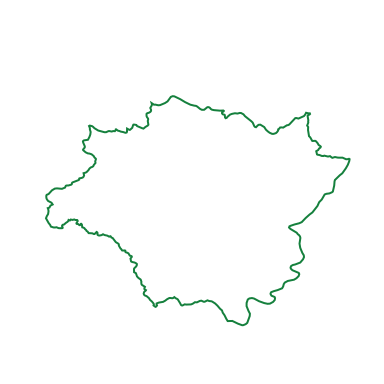 Phu Yen, Son La, Vietnam, rotated 294°
{"feature_id": "81297802B22446045808118", "entity_name": "Phu Yen", "entity_type": "district", "adm_level": 2, "iso_a3": "VNM", "parent_name": "Vietnam", "parent_adm1": "Son La", "projection": "natural_earth1", "projection_center": [104.682, 21.225], "detail": "fine", "context": "isolated", "style": "outline", "palette": "green", "viewbox_px": 384, "rotation_deg": 294, "n_neighbors": 0, "source": "geoboundaries", "source_scale": "gbopen_adm2", "svg_char_len": 5968}
<svg xmlns="http://www.w3.org/2000/svg" viewBox="0 0 384 384"><g transform="rotate(294 192 192)"><path d="M120.6,306.5L121.7,308.6L124.6,310.8L127.0,311.5L128.9,311.0L129.7,310.1L129.6,306.8L130.5,305.5L131.3,305.0L132.7,305.1L134.8,307.2L137.2,310.1L140.7,313.5L142.8,313.7L145.2,313.3L147.0,313.6L149.7,315.7L153.4,320.9L155.7,322.5L158.5,323.6L160.6,323.4L161.5,322.4L161.4,315.5L162.2,313.4L163.2,312.7L164.7,312.7L166.3,313.8L167.8,315.8L171.6,319.6L175.7,320.8L178.1,320.8L179.7,319.8L181.2,317.6L185.0,313.6L188.6,311.2L194.1,309.7L195.3,308.8L196.1,307.4L196.5,305.8L197.4,304.2L198.3,296.9L199.0,295.1L200.3,295.0L201.2,295.8L203.9,298.7L207.0,302.6L209.1,304.5L214.4,306.4L219.3,308.6L222.3,310.3L230.3,312.3L234.4,312.3L237.9,313.6L243.7,314.2L245.0,315.5L246.6,318.1L248.7,320.0L249.7,320.5L255.7,319.3L259.7,317.9L261.1,317.7L267.4,320.2L270.2,321.7L276.2,322.9L280.2,323.3L284.2,323.1L286.1,322.6L286.2,321.9L285.7,321.5L284.6,319.5L284.6,315.6L282.7,311.2L282.1,308.4L280.3,306.3L280.4,305.4L280.9,303.5L279.7,301.8L279.0,298.0L278.3,297.4L277.7,295.8L277.7,294.4L277.6,293.1L277.2,292.0L277.2,290.9L279.8,288.9L281.7,290.2L283.4,290.4L284.7,291.2L285.7,291.3L286.1,290.7L286.5,288.5L287.7,286.9L288.8,284.6L288.8,283.6L287.7,281.5L287.6,281.0L290.0,277.8L290.6,276.2L295.8,272.8L298.6,271.7L299.5,270.2L302.7,270.0L303.5,269.5L304.8,269.1L308.6,266.6L309.2,266.7L310.7,267.9L311.3,268.1L311.8,267.6L311.2,266.3L310.8,264.0L308.8,263.9L306.9,263.4L306.1,262.7L302.4,259.4L302.0,257.2L301.5,256.3L293.2,253.4L292.2,252.6L291.5,251.5L287.9,249.1L287.5,247.7L286.8,246.3L285.0,245.8L284.5,245.3L284.0,245.3L283.2,245.7L281.2,245.3L279.9,244.7L278.3,242.9L277.7,241.6L277.7,238.8L278.2,236.6L279.0,234.2L280.7,231.6L281.3,227.1L280.7,225.8L279.8,225.1L277.2,224.1L277.1,222.9L277.5,222.1L280.1,219.2L280.8,217.3L282.8,209.6L283.9,207.4L284.1,204.6L283.6,203.4L282.2,201.7L281.4,199.2L279.6,196.7L278.2,195.3L275.3,193.9L273.8,193.5L273.1,192.7L273.6,191.8L275.6,190.7L275.8,190.3L275.5,188.5L276.0,187.5L276.9,187.1L278.6,188.1L279.0,188.1L279.2,187.5L277.7,184.5L275.7,178.7L275.3,176.6L275.5,175.4L276.1,174.3L276.3,173.2L276.1,172.1L275.5,171.4L272.1,169.7L271.1,167.6L271.2,165.6L272.2,161.9L272.3,160.6L271.8,158.9L271.1,155.0L271.3,149.1L272.0,143.6L272.2,137.3L272.1,136.5L271.6,135.3L270.3,134.0L264.8,132.8L262.2,131.1L258.4,127.5L257.5,125.9L256.9,122.9L256.3,121.8L256.8,118.9L255.6,119.9L254.6,120.0L251.8,119.7L250.5,121.1L249.5,121.6L248.3,121.4L247.0,120.5L245.8,119.1L245.0,118.7L244.1,119.0L242.9,119.6L242.1,120.4L241.2,122.0L240.6,122.4L238.9,122.7L235.7,124.8L234.6,124.5L232.5,123.0L230.2,121.9L230.0,120.6L229.9,115.0L230.6,113.9L230.0,111.5L229.7,111.1L229.1,111.0L226.3,111.3L223.6,110.1L223.3,109.5L223.5,106.9L220.6,108.1L219.8,108.1L219.4,107.7L219.0,107.1L218.8,104.9L218.2,102.3L218.2,101.1L217.9,99.2L218.4,97.2L218.2,96.9L217.3,97.1L216.2,96.8L215.6,95.2L214.6,94.1L214.0,91.6L213.6,90.9L211.7,89.2L211.0,87.6L210.0,81.3L210.6,76.9L211.3,75.1L211.5,73.9L211.1,71.6L210.4,71.1L209.4,72.2L208.5,72.9L207.7,73.2L205.6,75.0L203.2,75.7L200.7,75.9L197.4,75.7L195.2,72.3L194.3,71.8L193.8,71.8L192.9,72.5L190.1,75.5L189.0,75.9L186.9,75.3L186.2,75.3L185.9,75.7L185.0,78.7L184.9,81.1L185.4,82.7L185.6,85.0L184.8,87.7L183.9,88.8L183.3,90.6L182.8,90.9L180.7,91.1L179.3,92.0L176.8,91.3L175.4,91.3L174.4,90.7L173.2,89.5L171.7,88.8L169.8,88.5L167.3,87.6L166.4,86.9L165.1,85.3L163.2,86.7L161.8,86.7L160.8,86.3L159.9,85.4L158.7,83.6L158.3,83.5L157.4,83.9L156.6,83.4L152.1,78.9L151.4,78.7L150.3,79.0L149.7,78.8L147.8,76.6L146.8,74.6L146.3,74.2L144.4,74.2L142.0,71.9L140.4,67.2L139.3,65.3L136.6,63.4L131.8,61.8L130.3,60.4L129.4,60.4L128.2,60.9L126.8,61.8L126.2,62.6L125.3,64.2L125.1,67.6L124.9,68.3L123.9,69.8L122.0,68.2L119.8,68.1L118.6,66.8L117.7,67.7L116.2,68.7L114.1,69.3L113.2,69.5L110.9,69.2L108.6,69.3L105.3,73.7L104.3,75.7L103.0,77.2L103.3,79.9L103.8,81.2L104.7,82.6L104.7,84.7L105.0,85.6L106.2,88.2L106.5,88.4L107.1,88.2L108.0,87.1L108.7,87.0L109.5,87.3L109.9,88.0L110.6,88.5L112.6,89.4L114.1,90.4L115.0,90.7L116.3,90.6L116.3,92.0L117.5,92.4L117.9,94.2L119.0,95.6L119.0,96.9L119.7,98.4L119.4,99.1L118.8,99.4L116.5,99.1L116.0,99.6L116.4,101.0L116.0,102.3L116.0,102.9L116.2,103.2L117.7,103.4L117.9,103.8L117.4,104.7L115.1,106.1L115.3,107.4L115.2,108.4L114.6,109.3L114.2,110.7L113.5,111.6L113.4,112.7L112.4,114.3L113.7,117.7L113.7,119.5L114.0,120.1L116.7,121.1L116.6,121.8L116.1,122.4L114.9,122.8L114.4,123.3L114.3,124.2L114.6,125.2L115.9,127.0L117.2,127.9L117.1,129.6L117.7,132.4L117.5,134.5L118.4,135.3L118.4,135.7L117.6,137.0L117.7,138.2L115.2,142.8L114.8,145.9L114.3,146.5L113.6,146.8L113.1,147.2L111.3,149.7L111.1,150.5L110.2,151.8L110.4,152.7L111.3,154.4L111.3,154.9L110.3,155.4L110.0,155.9L110.2,157.7L110.1,158.9L108.6,161.0L108.8,162.4L108.7,163.1L108.3,163.4L106.1,162.9L103.8,164.6L103.7,165.8L104.2,168.1L104.2,169.4L103.9,170.8L103.0,171.3L101.4,171.3L98.8,170.3L98.1,170.3L95.2,171.7L95.0,173.8L92.5,176.1L91.7,178.0L91.2,180.5L90.8,181.1L89.4,182.3L88.4,182.6L87.2,183.4L86.8,184.0L86.2,187.6L84.7,187.6L83.8,188.2L83.6,189.9L83.3,189.9L81.4,189.0L80.7,189.0L79.5,189.2L78.7,189.9L78.3,191.1L78.4,192.9L77.5,195.9L76.4,197.5L75.6,200.0L74.6,202.0L74.0,202.8L72.7,203.0L72.2,205.3L72.4,205.6L73.0,205.9L74.1,206.2L75.2,205.1L75.8,205.0L77.5,206.7L79.9,210.3L81.8,211.7L84.0,212.9L85.9,214.4L86.3,215.1L86.9,217.2L87.6,218.0L88.8,218.6L88.3,220.3L88.3,221.6L88.1,222.7L85.5,226.5L84.4,227.8L84.2,228.7L84.5,229.5L86.4,231.0L86.8,232.5L88.9,236.8L90.2,238.1L92.5,239.5L93.2,241.4L95.6,243.4L96.5,244.7L96.5,247.3L96.9,248.2L99.3,250.2L99.4,252.1L100.1,254.3L100.1,255.0L99.6,258.4L98.5,261.5L96.8,265.0L96.0,267.6L94.3,269.1L92.6,271.9L90.1,274.9L88.6,277.1L90.6,281.3L90.4,287.6L90.7,291.9L91.2,293.0L93.1,294.8L94.9,295.7L102.1,295.2L104.4,294.4L106.5,291.8L109.9,288.3L112.9,287.0L116.5,286.7L118.1,287.7L119.5,289.9L119.9,292.0L119.5,297.7L119.9,303.1L120.6,306.5Z" fill="none" stroke="#15803d" stroke-width="2"/></g></svg>